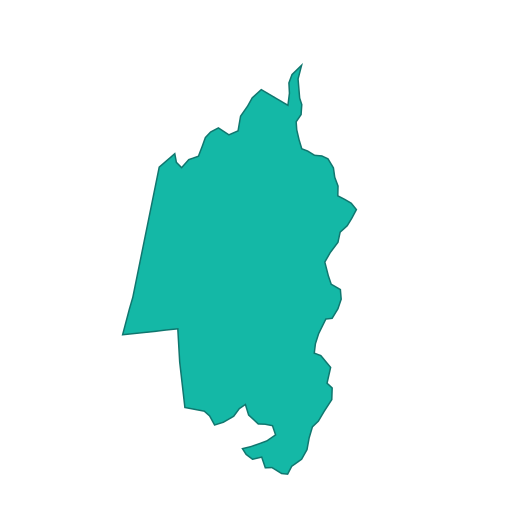 Pacoti, Ceará, Brazil (Equal Earth projection), rotated 201°
{"feature_id": "56859067B59765033772406", "entity_name": "Pacoti", "entity_type": "district", "adm_level": 2, "iso_a3": "BRA", "parent_name": "Brazil", "parent_adm1": "Ceará", "projection": "equal_earth", "projection_center": [-38.914, -4.206], "detail": "fine", "context": "isolated", "style": "filled", "palette": "teal", "viewbox_px": 512, "rotation_deg": 201, "n_neighbors": 0, "source": "geoboundaries", "source_scale": "gbopen_adm2", "svg_char_len": 1386}
<svg xmlns="http://www.w3.org/2000/svg" viewBox="0 0 512 512"><g transform="rotate(201 256 256)"><path d="M368.5,322.4L378.2,304.3L356.2,173.3L355.2,161.3L352.3,134.7L322.4,149.9L314.2,154.3L302.9,160.0L299.0,151.3L289.3,129.8L268.1,89.1L248.7,92.6L242.0,90.1L234.1,83.4L226.9,89.1L219.4,98.4L216.9,107.5L212.7,113.6L205.9,104.9L199.3,102.3L193.7,100.0L187.3,102.2L179.8,103.5L173.6,96.0L179.6,87.3L186.3,81.4L192.9,75.9L199.6,71.3L194.1,67.2L186.4,65.0L178.6,70.3L171.4,61.6L165.3,64.2L154.1,62.1L148.3,63.7L147.3,72.5L140.6,82.6L139.0,93.5L141.2,105.2L142.1,116.7L138.6,124.2L136.7,135.4L133.8,149.1L137.6,160.1L144.1,162.7L146.4,178.7L159.7,186.2L166.8,186.2L169.1,195.4L169.7,206.0L168.2,222.2L162.6,225.1L160.6,236.1L161.0,246.2L165.2,254.9L175.7,256.6L181.5,263.6L189.6,275.0L187.9,285.9L184.4,298.2L186.0,308.4L181.7,316.9L180.1,325.5L178.9,335.3L186.0,339.4L193.2,340.6L201.2,341.5L204.5,350.7L210.7,357.7L215.3,366.0L223.6,372.5L230.4,373.0L237.4,371.0L245.4,372.5L251.7,372.5L257.5,380.0L263.2,388.4L266.6,395.7L264.6,404.2L267.5,413.7L271.8,419.0L276.0,427.7L280.2,436.4L281.8,450.4L287.4,438.3L287.3,429.4L283.1,419.9L280.2,408.1L310.7,413.2L316.2,402.3L317.5,393.1L320.5,381.0L317.6,366.4L324.7,359.4L337.0,362.1L342.8,355.5L345.7,348.5L345.5,339.4L345.5,328.5L353.3,321.9L357.1,311.8L363.9,314.9L368.5,322.4Z" fill="#14b8a6" stroke="#0f766e" stroke-width="1.5"/></g></svg>